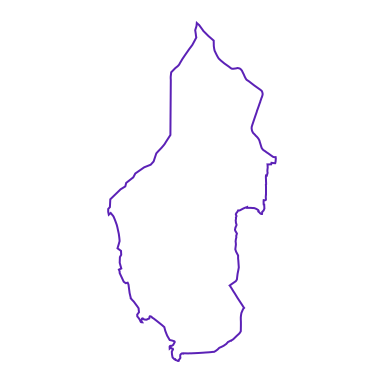 Alimosho, Lagos, Nigeria
{"feature_id": "59680162B54313559089261", "entity_name": "Alimosho", "entity_type": "district", "adm_level": 2, "iso_a3": "NGA", "parent_name": "Nigeria", "parent_adm1": "Lagos", "projection": "robinson", "projection_center": [3.269, 6.583], "detail": "fine", "context": "isolated", "style": "outline", "palette": "violet", "viewbox_px": 384, "rotation_deg": 0, "n_neighbors": 0, "source": "geoboundaries", "source_scale": "gbopen_adm2", "svg_char_len": 5740}
<svg xmlns="http://www.w3.org/2000/svg" viewBox="0 0 384 384"><path d="M118.9,269.6L119.6,271.3L119.7,273.1L123.7,281.7L125.6,283.1L125.8,283.2L127.4,282.7L127.7,282.7L128.5,284.6L128.8,287.0L129.3,290.7L129.6,293.0L130.4,296.4L130.8,298.1L131.0,298.4L130.9,298.5L132.5,300.3L133.7,301.5L134.0,301.9L135.9,304.5L137.4,306.5L138.6,308.3L138.7,309.7L139.0,312.2L137.2,314.6L137.3,316.4L138.3,317.6L139.2,318.8L139.9,320.0L140.6,321.6L141.0,322.1L141.9,322.3L142.2,322.3L141.8,321.7L141.2,320.9L141.3,320.2L141.7,319.7L141.9,319.2L142.0,318.6L142.4,318.4L142.8,318.4L143.5,319.2L143.8,319.2L144.8,319.6L145.3,319.6L146.1,319.7L146.7,319.7L147.0,319.4L148.1,318.9L148.9,318.7L149.3,318.4L149.5,316.9L149.8,316.3L150.4,316.3L150.8,316.4L151.6,316.9L152.4,317.8L153.5,318.4L157.0,321.1L158.5,322.3L162.0,325.1L164.3,327.1L165.3,330.9L166.7,334.5L167.3,335.9L169.7,340.0L172.3,340.6L174.0,341.2L174.4,341.3L174.7,341.8L174.7,342.2L174.0,343.4L173.2,344.9L171.8,345.8L171.4,345.9L170.5,345.8L169.9,346.1L169.6,346.7L169.7,348.6L170.3,348.1L170.9,347.9L171.5,348.2L172.2,348.8L172.8,348.8L173.0,349.4L171.9,351.4L171.8,351.8L172.0,354.5L172.3,356.1L172.6,357.5L173.8,358.6L174.3,359.2L174.9,359.4L175.2,359.3L175.3,359.7L175.5,360.0L176.7,360.3L178.0,361.0L178.7,360.9L178.8,360.7L179.0,359.7L179.3,359.3L179.9,358.7L180.4,357.8L180.2,357.0L180.3,354.9L180.8,354.2L181.9,353.4L183.3,353.3L183.4,353.6L184.1,353.3L187.6,353.4L191.9,353.3L198.3,353.0L203.1,352.7L205.7,352.5L208.9,352.3L211.1,352.1L212.7,351.9L214.0,351.9L215.4,351.1L215.6,351.0L216.1,350.6L216.5,350.3L217.6,349.5L218.2,348.9L219.2,347.9L220.2,347.4L221.2,347.0L223.6,345.8L225.6,344.4L226.2,344.0L226.5,343.7L227.0,343.1L227.5,342.6L228.0,342.0L229.7,341.2L230.5,340.7L231.1,340.5L231.3,340.6L231.5,340.3L232.1,340.0L233.3,339.2L236.7,335.9L239.1,333.7L240.0,332.6L240.8,331.2L240.9,325.2L240.9,321.9L240.8,319.4L240.8,318.0L240.8,317.3L241.0,315.3L241.4,313.0L241.9,311.8L242.9,309.5L243.4,308.6L244.1,307.9L243.7,307.4L242.3,305.2L237.5,297.9L234.7,293.3L233.5,291.5L231.5,288.2L229.8,285.6L229.7,285.5L230.9,284.6L233.2,283.0L235.8,281.2L236.9,279.5L237.3,276.0L237.6,273.7L238.4,269.7L238.8,267.4L238.3,260.3L238.1,258.6L238.1,258.4L238.1,257.6L238.1,255.5L236.9,253.2L236.1,251.7L235.3,249.3L235.7,246.2L235.9,244.7L235.8,243.0L235.7,242.1L235.6,241.5L235.7,240.7L235.8,239.7L236.1,238.2L236.3,237.6L236.3,236.7L236.2,235.9L236.6,234.7L236.9,233.5L235.9,231.8L235.4,231.0L235.0,229.9L235.0,229.5L235.2,228.7L235.4,227.9L235.4,227.6L235.6,227.4L235.7,227.0L235.8,226.6L235.9,226.4L236.2,225.9L236.4,225.5L236.5,224.9L236.5,224.6L236.3,223.9L236.1,223.4L235.9,222.6L235.9,222.1L235.8,221.1L235.7,220.3L235.8,219.8L235.9,219.4L236.0,218.7L236.0,218.0L235.9,217.5L236.1,217.1L236.3,216.7L236.4,216.4L236.5,216.0L236.4,215.8L236.2,215.6L236.2,215.4L235.8,214.2L236.0,213.9L236.4,213.0L237.2,212.1L237.6,211.4L238.2,210.4L238.5,210.5L239.3,210.5L240.4,210.1L241.4,209.5L242.4,209.0L243.3,208.5L244.7,207.9L245.8,207.5L246.7,207.2L246.9,207.2L247.1,207.1L247.1,207.9L247.5,207.9L248.4,207.9L250.0,207.9L251.2,207.9L252.4,208.0L253.2,208.1L253.8,208.0L254.2,208.1L255.1,208.4L256.5,209.0L257.7,209.8L258.1,210.0L258.4,210.3L258.6,210.7L258.3,211.5L258.9,212.0L259.2,212.2L260.0,213.1L260.4,213.5L260.9,213.8L261.5,214.0L261.9,214.0L261.9,213.7L262.1,213.2L262.2,212.6L262.2,211.9L262.8,211.3L263.6,210.5L264.2,209.0L264.4,208.6L264.3,206.9L264.2,204.6L263.7,204.5L263.6,203.3L263.6,202.1L263.6,201.0L263.7,200.2L264.1,200.3L264.6,200.3L265.3,200.2L265.6,200.1L265.9,199.7L265.9,199.0L265.8,197.1L265.8,196.1L265.9,195.5L265.9,194.9L266.0,194.8L266.0,192.4L266.0,189.1L266.0,186.7L265.9,184.6L266.1,184.4L266.1,184.2L266.1,183.1L266.0,180.8L266.0,180.0L265.9,177.7L265.9,176.4L266.0,175.5L266.8,175.7L267.3,173.9L267.5,173.2L267.6,172.9L267.4,171.6L267.4,170.1L267.5,169.1L267.7,167.6L267.6,165.8L267.6,164.9L267.5,164.4L268.1,164.4L269.2,164.4L270.6,164.3L271.2,164.3L271.5,162.8L273.7,163.1L274.7,163.2L275.2,163.2L275.4,162.4L275.6,161.4L275.7,159.8L275.8,159.1L275.8,158.3L275.6,157.1L274.8,157.2L274.1,157.1L273.5,157.0L272.8,156.7L272.0,156.1L270.7,155.2L268.1,153.3L267.6,153.0L266.7,152.4L265.1,151.2L263.4,150.1L262.7,149.4L262.1,148.6L261.6,147.8L261.2,146.5L260.5,144.2L259.9,142.3L259.4,140.5L258.5,138.8L257.6,137.6L256.5,136.4L255.7,135.7L255.0,134.8L253.0,132.8L252.0,130.7L251.6,128.4L251.7,126.9L252.3,124.9L255.0,116.9L256.7,112.0L257.0,110.8L257.7,109.0L258.8,105.9L259.5,103.8L260.2,102.0L260.4,101.1L261.0,99.5L261.4,98.2L262.0,96.8L262.6,94.7L262.6,93.6L262.3,92.2L261.7,90.9L260.4,89.8L258.0,88.1L254.2,85.4L251.6,83.4L248.9,81.3L246.6,79.8L245.8,78.7L244.7,76.6L243.8,74.5L242.7,72.3L241.9,70.6L240.8,69.3L239.7,68.5L237.6,68.0L236.0,68.4L232.9,68.8L231.5,68.6L230.1,67.6L229.5,67.1L228.7,66.5L227.0,65.3L224.3,63.4L220.8,60.5L218.7,58.5L217.6,56.7L217.0,55.6L216.2,54.0L214.6,50.7L214.2,48.8L213.8,46.0L213.7,40.6L208.4,36.0L203.3,30.9L202.8,30.1L199.1,25.0L198.0,24.1L197.8,23.9L196.8,23.0L196.5,26.0L195.2,30.2L195.8,34.1L196.0,36.0L196.3,37.5L195.0,40.0L192.3,45.0L189.0,49.4L184.9,55.3L182.4,59.0L179.9,63.2L179.1,64.7L177.7,66.2L175.3,68.1L171.2,72.3L170.7,76.8L170.7,78.5L170.8,80.0L170.4,135.0L166.0,141.8L164.6,144.1L163.0,146.1L162.7,146.4L161.8,147.5L157.8,151.7L156.3,153.4L155.9,154.6L153.6,161.5L152.6,162.6L150.7,164.7L144.2,167.3L135.3,173.5L133.3,177.3L126.2,182.9L125.3,186.4L120.6,189.3L110.3,199.3L109.9,207.1L108.2,209.0L108.2,211.8L108.8,214.7L110.7,213.0L113.1,215.9L113.6,216.7L114.7,219.3L115.5,221.4L116.7,224.7L117.3,227.0L118.8,233.9L119.3,237.7L119.5,239.7L119.6,241.1L118.8,244.0L117.5,248.3L121.0,250.9L121.2,254.8L119.9,257.1L119.7,262.8L121.3,268.5L120.9,268.7L118.9,269.6Z" fill="none" stroke="#5b21b6" stroke-width="2"/></svg>